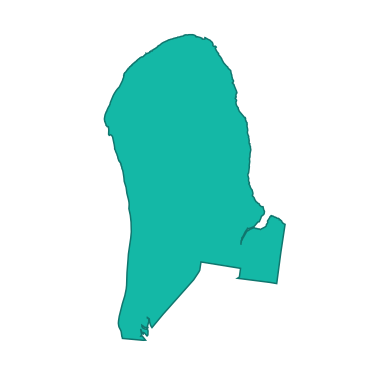 Kusini, Zanzibar South and Central, United Republic of Tanzania (orthographic projection), rotated 189°
{"feature_id": "72390352B36829534131483", "entity_name": "Kusini", "entity_type": "district", "adm_level": 2, "iso_a3": "TZA", "parent_name": "United Republic of Tanzania", "parent_adm1": "Zanzibar South and Central", "projection": "orthographic", "projection_center": [39.51, -6.327], "detail": "fine", "context": "isolated", "style": "filled", "palette": "teal", "viewbox_px": 384, "rotation_deg": 189, "n_neighbors": 0, "source": "geoboundaries", "source_scale": "gbopen_adm2", "svg_char_len": 6025}
<svg xmlns="http://www.w3.org/2000/svg" viewBox="0 0 384 384"><g transform="rotate(189 192 192)"><path d="M217.0,37.9L214.7,38.4L218.0,41.4L219.0,41.9L220.0,41.6L219.8,42.2L219.1,42.4L221.1,47.8L221.2,48.7L219.2,44.8L218.0,44.2L218.1,45.6L216.9,45.3L213.9,42.8L213.2,43.9L213.7,47.9L214.4,49.3L217.1,49.3L219.2,49.9L220.4,51.2L220.7,52.6L218.8,51.7L218.1,51.1L214.5,50.7L214.3,51.5L215.1,52.1L214.4,57.2L214.7,58.8L214.7,59.5L215.4,60.1L216.5,60.6L216.5,61.1L214.3,60.0L213.6,57.1L212.3,54.3L211.3,52.8L210.3,51.8L201.6,66.5L176.6,105.6L172.8,113.9L172.1,116.0L172.2,124.3L132.1,124.2L131.9,115.8L132.4,114.9L133.6,113.9L100.7,114.9L94.0,114.8L94.8,145.9L95.0,174.6L95.7,174.7L96.7,175.3L97.5,175.5L98.6,176.7L98.9,177.3L99.5,177.7L100.0,177.9L100.2,178.2L100.6,178.4L101.3,178.3L101.3,178.7L102.0,179.3L102.8,179.5L103.9,179.4L105.5,180.2L106.3,180.0L107.9,180.8L108.7,180.8L109.2,180.5L109.4,181.0L110.1,181.1L111.3,179.3L111.3,178.7L112.9,175.2L112.8,174.7L112.5,174.1L112.4,173.8L112.9,172.2L113.2,172.1L113.4,171.6L113.4,170.1L113.7,169.6L114.7,168.6L118.0,166.2L118.6,165.6L120.1,166.1L120.4,165.8L121.9,165.9L122.3,166.2L123.5,165.9L124.5,166.4L125.1,166.4L128.7,164.3L130.5,162.6L131.1,162.4L131.9,161.3L134.2,155.1L134.6,154.4L135.0,152.4L135.7,151.3L135.4,150.3L135.6,149.3L135.3,147.5L135.8,149.2L135.7,149.9L135.9,151.4L135.5,152.4L135.2,152.7L135.1,153.1L135.3,153.7L135.5,153.7L135.4,154.3L135.6,154.5L134.7,156.2L133.4,160.5L132.2,163.2L131.5,163.9L131.3,164.3L131.6,164.8L131.4,165.0L130.4,164.6L125.9,167.2L125.0,168.1L122.3,172.6L120.9,173.2L120.4,175.1L120.0,176.5L119.6,179.0L118.8,179.6L117.5,181.3L117.3,182.5L117.4,184.3L118.3,185.5L119.6,188.6L121.2,188.4L123.2,189.6L123.5,190.5L124.3,191.1L125.3,191.2L126.3,192.1L127.5,192.6L128.1,193.8L129.0,194.2L129.2,195.2L129.9,196.2L130.6,196.8L131.6,197.4L131.9,198.3L131.6,198.5L131.6,200.3L132.9,203.3L133.3,203.8L133.8,204.1L135.1,205.8L135.8,207.3L137.1,208.9L136.7,209.3L136.8,210.2L137.8,211.5L138.1,213.3L138.1,214.3L139.3,216.8L139.6,217.6L139.4,219.2L139.1,219.6L139.3,226.0L139.6,226.7L139.7,227.9L139.7,230.9L140.4,233.5L140.5,234.9L140.2,235.6L140.4,236.4L140.5,237.9L140.7,238.3L140.5,242.8L141.3,245.2L141.3,245.8L141.9,246.7L142.2,247.6L142.6,247.9L142.5,248.7L142.8,248.7L143.1,249.0L143.4,250.0L143.6,252.0L143.9,252.8L144.1,253.1L144.1,253.4L144.3,254.2L144.8,254.8L144.7,255.9L145.4,256.8L145.5,257.1L145.9,257.6L146.6,259.3L146.7,260.5L146.6,261.5L147.0,263.1L148.0,265.6L148.1,266.7L148.0,267.0L148.3,267.4L148.4,268.9L149.7,270.2L149.7,270.6L150.5,271.6L150.5,272.6L150.9,273.6L151.1,273.8L151.4,273.5L158.0,279.2L158.6,280.3L159.3,281.2L159.4,282.2L161.4,284.2L162.2,285.8L162.6,287.3L162.6,288.3L162.4,288.6L162.3,289.3L162.4,289.7L163.8,291.1L164.0,291.4L163.3,292.2L163.7,293.2L163.4,293.4L163.7,294.0L163.8,295.0L163.5,296.3L163.6,297.0L163.2,297.1L163.8,298.5L166.8,303.4L167.4,304.7L169.2,306.0L169.1,306.5L168.6,306.7L168.3,308.1L168.5,308.5L168.9,309.1L169.8,309.6L169.7,310.1L170.8,312.7L171.0,313.7L171.9,315.3L172.8,318.0L175.5,319.8L176.2,320.7L176.2,320.9L177.8,321.9L181.0,324.6L183.7,328.2L183.6,328.3L184.9,329.8L185.5,330.2L185.6,330.5L186.4,331.0L187.4,332.0L187.3,332.6L187.5,333.0L189.4,334.6L189.5,334.9L190.3,335.7L190.4,336.0L191.3,337.4L191.5,337.7L190.7,338.9L190.8,339.0L191.3,339.4L192.1,339.7L192.7,339.2L193.6,339.4L194.3,339.9L194.4,340.6L194.3,341.1L195.2,342.7L195.8,343.3L196.2,343.4L197.1,344.1L197.9,344.7L200.7,345.5L201.4,345.9L202.5,346.2L202.9,346.5L203.4,346.5L203.2,345.8L203.0,345.6L203.1,345.2L204.0,344.9L205.7,344.6L206.1,345.3L206.3,345.2L207.4,345.8L211.2,346.2L211.3,346.2L211.4,345.9L212.1,345.9L212.5,346.0L212.3,346.3L212.4,346.5L213.7,347.2L215.8,347.5L219.7,346.9L221.2,346.3L221.6,346.4L223.0,346.2L224.3,345.6L224.3,345.3L225.3,344.6L227.6,343.8L228.6,343.1L230.2,342.8L230.9,342.1L232.2,341.7L232.5,341.4L233.8,341.1L234.3,340.7L235.7,339.9L236.5,339.7L238.8,338.5L239.1,338.5L240.1,337.5L241.2,337.0L241.7,336.5L243.5,335.4L245.3,333.9L246.9,331.9L247.2,331.8L247.6,331.4L247.8,331.4L248.2,330.9L248.4,330.9L248.6,330.4L248.2,330.6L249.0,329.9L249.1,329.5L250.7,328.1L250.8,327.9L251.1,327.7L251.3,327.4L251.7,327.3L253.0,326.1L253.3,325.7L253.5,325.7L253.5,325.0L254.9,324.7L255.1,324.3L255.6,324.0L255.5,323.5L255.6,323.2L256.1,323.1L256.6,322.5L257.6,322.1L258.5,321.6L258.9,321.7L258.7,321.3L259.1,321.2L261.5,318.0L262.2,317.6L262.9,317.5L264.5,316.3L264.9,315.4L265.3,315.3L266.4,314.1L266.7,313.6L267.0,313.3L267.0,313.0L267.3,313.0L267.5,312.6L268.3,311.4L268.9,311.2L269.0,310.7L269.8,310.1L270.4,309.2L270.7,309.0L270.8,308.5L271.2,308.3L271.1,308.1L271.3,307.5L272.0,307.2L272.3,306.4L273.0,306.0L274.1,303.8L274.4,303.9L274.5,303.7L274.6,303.1L274.9,302.9L276.2,300.2L277.1,299.2L277.3,298.4L277.6,298.1L277.6,297.2L277.4,296.6L277.7,296.2L277.5,295.6L277.5,294.4L277.9,292.8L278.1,291.1L280.2,284.4L281.7,282.2L282.9,280.0L284.1,277.2L284.9,274.9L286.4,268.7L286.7,267.1L286.7,265.8L286.9,265.4L287.0,264.8L287.2,264.3L287.1,264.1L287.5,263.6L288.2,261.5L288.8,259.2L288.9,258.2L289.2,257.9L289.1,257.7L289.5,256.7L289.9,254.7L290.0,251.1L289.9,250.2L289.2,248.0L288.8,247.8L288.6,247.5L288.7,247.2L287.5,245.2L287.4,244.5L286.0,243.5L286.0,243.3L285.8,243.2L285.0,243.4L284.7,243.2L283.9,240.2L283.4,235.9L282.6,235.0L281.5,235.8L281.0,235.7L280.3,235.3L279.3,234.4L278.9,233.6L276.2,226.5L275.2,223.3L275.2,222.6L274.8,221.9L274.2,221.2L273.7,220.0L272.1,217.6L271.6,216.4L271.0,215.5L270.3,213.5L269.6,212.4L269.2,211.3L268.4,211.1L268.0,210.2L267.5,210.0L267.0,209.3L266.9,208.5L266.4,208.4L266.1,206.8L265.4,206.1L264.9,204.3L263.8,202.5L263.2,200.9L261.6,195.9L260.6,191.9L257.8,186.2L256.1,180.5L253.7,174.9L252.7,172.3L252.1,169.8L251.7,165.6L249.3,159.4L247.5,152.8L245.7,143.1L245.3,137.1L245.1,120.8L244.6,115.1L243.6,102.4L242.0,89.6L241.8,86.0L242.1,79.1L243.3,70.6L244.4,57.9L244.4,53.3L244.2,50.8L243.4,48.2L242.8,47.0L240.9,44.4L240.1,43.0L238.7,38.4L238.0,37.2L237.8,36.5L217.0,37.9Z" fill="#14b8a6" stroke="#0f766e" stroke-width="1.5"/></g></svg>